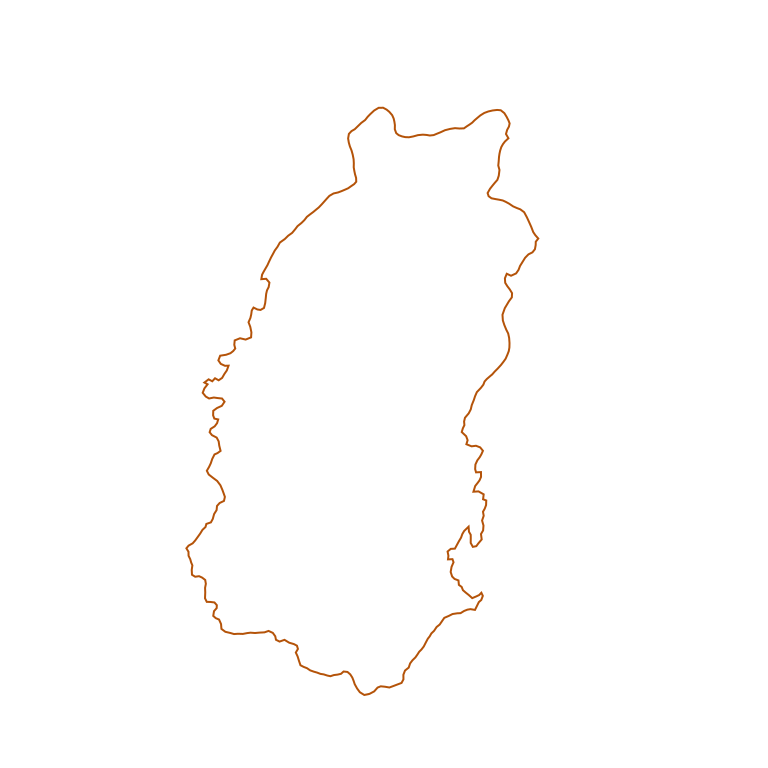 Augusto de Lima, Minas Gerais, Brazil (Mercator projection), rotated 111°
{"feature_id": "56859067B977102899903", "entity_name": "Augusto de Lima", "entity_type": "district", "adm_level": 2, "iso_a3": "BRA", "parent_name": "Brazil", "parent_adm1": "Minas Gerais", "projection": "mercator", "projection_center": [-44.202, -18.1], "detail": "fine", "context": "isolated", "style": "outline", "palette": "amber", "viewbox_px": 768, "rotation_deg": 111, "n_neighbors": 0, "source": "geoboundaries", "source_scale": "gbopen_adm2", "svg_char_len": 5639}
<svg xmlns="http://www.w3.org/2000/svg" viewBox="0 0 768 768"><g transform="rotate(111 384 384)"><path d="M669.5,430.8L667.9,426.2L665.6,422.5L664.0,419.5L662.7,415.2L660.7,411.1L658.7,406.6L655.9,403.3L656.2,398.6L658.5,395.1L661.5,393.2L661.9,389.2L658.5,385.2L659.5,379.8L659.1,375.0L659.5,371.5L662.2,369.4L666.3,370.1L669.3,367.0L673.0,364.1L676.5,361.2L676.9,357.6L676.9,354.1L677.8,350.3L677.7,346.4L677.4,343.1L677.4,339.4L676.7,336.2L676.5,332.4L676.0,329.3L673.7,326.5L672.0,323.3L670.0,320.3L666.9,318.7L665.9,314.9L667.2,311.4L669.4,308.4L672.0,306.0L674.7,303.8L677.9,300.0L680.4,296.1L681.4,291.0L678.5,286.5L674.5,283.0L669.7,281.2L667.4,278.7L666.3,274.7L665.4,270.2L662.6,267.0L659.9,264.0L656.8,260.5L652.8,260.0L648.5,261.7L644.0,261.7L639.9,259.3L635.5,259.5L631.7,258.4L628.0,256.7L624.4,255.8L621.4,255.2L618.5,253.9L614.8,252.8L610.1,252.3L606.1,251.8L603.2,250.9L599.9,250.4L596.5,248.8L592.0,247.8L588.6,245.8L584.8,244.9L580.7,243.9L577.3,240.4L574.2,237.6L571.8,233.4L570.5,230.4L567.2,227.9L564.8,225.3L563.2,222.6L562.3,218.1L556.9,217.6L553.6,217.3L550.8,215.8L546.4,215.8L544.0,218.3L546.9,219.5L549.3,221.8L552.3,224.9L550.6,229.3L549.5,232.8L548.2,236.4L545.6,238.8L544.7,242.1L540.7,244.1L540.7,248.3L539.3,251.4L535.6,254.4L530.5,255.4L525.5,255.2L523.0,257.3L524.8,261.4L521.3,262.3L517.6,264.6L514.0,262.6L512.3,258.8L508.4,258.3L503.8,257.7L499.8,257.0L496.0,257.1L492.5,256.5L486.9,253.9L491.5,251.7L493.7,249.0L496.7,247.8L501.3,246.1L504.2,242.7L502.3,239.7L499.0,238.8L494.1,237.1L489.3,239.7L485.2,239.0L480.5,240.4L476.3,243.5L471.3,243.7L467.8,245.8L464.4,245.3L460.5,245.3L456.1,246.8L456.1,250.2L451.3,251.4L450.4,257.3L452.5,261.9L446.5,262.3L443.0,261.2L439.8,260.3L436.0,260.1L431.5,261.9L433.5,266.4L430.8,268.4L426.4,269.8L421.8,269.5L418.0,268.4L414.8,267.9L410.9,267.7L408.7,271.5L408.7,276.0L410.8,279.9L410.7,285.5L406.5,285.8L403.3,288.6L401.0,294.2L397.1,294.5L393.6,294.2L390.3,295.8L386.5,296.3L381.0,294.4L376.6,293.9L372.3,294.5L366.8,294.4L362.8,294.6L358.3,294.4L353.0,292.2L349.0,291.0L345.6,291.0L342.5,289.8L339.5,288.2L336.0,286.3L332.7,285.1L328.9,283.4L324.3,281.6L320.3,280.4L316.8,279.5L312.3,279.3L308.6,279.3L305.0,280.0L300.8,281.5L296.1,283.7L292.3,286.2L289.5,289.3L285.8,292.8L282.1,295.8L276.9,298.2L269.9,298.4L265.9,297.7L261.9,297.0L257.3,295.7L253.3,297.0L250.6,300.5L248.5,303.9L246.1,307.1L242.0,309.0L237.1,308.9L237.4,304.2L233.4,300.3L229.2,299.3L225.0,299.3L220.8,298.5L215.6,297.5L211.2,295.6L207.9,292.6L204.1,291.4L199.9,292.2L196.8,293.3L192.9,292.1L190.8,296.1L188.7,299.1L184.6,302.8L180.8,306.6L177.2,310.3L173.4,314.7L172.1,319.3L172.1,323.1L171.9,327.1L170.8,331.9L170.3,335.7L170.1,338.9L170.7,342.6L171.4,346.1L172.1,350.2L171.2,353.6L168.6,355.7L163.8,355.0L159.9,353.8L156.6,352.7L152.8,351.3L148.4,351.5L142.8,352.9L139.1,355.6L135.1,356.7L130.8,358.0L127.7,358.7L124.5,359.2L120.8,359.4L117.4,358.9L114.3,358.0L110.0,355.9L106.9,359.7L102.7,360.1L98.9,359.6L95.7,360.1L93.4,362.2L90.6,365.3L88.0,368.7L86.6,373.1L87.6,376.6L89.7,380.6L92.2,384.3L95.0,387.5L98.7,390.3L101.9,392.1L105.4,394.0L108.4,395.3L111.1,397.1L113.7,399.0L116.7,401.0L118.4,405.0L119.7,409.4L122.1,413.6L125.2,418.0L128.8,421.5L131.4,424.3L133.8,426.8L135.6,430.3L136.2,433.4L137.3,437.1L139.5,441.5L142.4,445.4L144.7,449.1L145.9,452.6L146.4,456.0L146.4,459.5L145.4,462.5L142.3,465.2L138.4,466.6L135.4,468.3L132.7,470.1L130.1,472.7L128.0,476.6L126.9,479.9L126.4,483.8L128.1,488.0L132.2,491.2L137.1,493.6L140.4,495.0L144.3,496.2L148.4,498.8L152.7,500.8L156.6,502.6L159.6,505.0L163.1,506.4L167.6,505.5L171.2,503.4L174.4,501.0L177.6,498.0L181.1,495.4L185.1,492.9L188.7,491.3L192.6,489.9L195.8,488.0L198.6,486.2L201.6,483.9L205.1,482.4L208.1,483.5L211.1,485.6L214.1,487.6L216.4,489.9L219.1,492.7L221.6,495.5L224.2,499.4L227.9,502.4L231.4,503.8L234.6,505.0L238.3,506.4L242.6,508.2L245.4,509.8L248.8,511.7L252.1,513.8L255.6,515.9L259.6,517.1L263.1,518.7L267.6,521.3L271.4,522.4L275.8,523.9L279.9,526.6L284.1,528.5L289.3,531.9L294.1,532.6L298.5,533.8L302.6,534.3L306.3,534.8L311.4,535.2L314.8,535.4L318.5,536.0L322.3,536.6L325.6,537.0L330.1,536.1L328.0,531.7L330.4,527.3L334.9,526.4L338.5,526.8L342.1,526.3L346.1,525.2L351.1,523.9L356.0,523.3L359.1,525.8L359.8,528.9L359.4,533.2L362.8,533.8L366.6,532.9L370.1,532.4L374.9,532.6L378.6,529.3L383.3,526.3L388.1,524.8L392.1,529.1L392.9,534.8L396.8,539.0L401.1,537.8L404.2,535.6L407.3,536.6L410.3,538.4L413.3,541.9L416.3,547.1L421.3,547.1L423.7,543.6L424.0,539.0L422.6,535.7L427.7,535.6L431.8,536.6L436.3,537.3L439.8,539.7L439.2,543.8L443.0,545.3L442.5,549.4L447.0,552.2L447.5,548.6L452.5,550.1L457.2,550.1L459.6,545.9L460.2,542.1L457.6,538.0L456.7,534.1L455.6,530.0L457.7,526.5L462.5,527.6L466.3,531.3L470.2,533.8L474.5,532.3L477.1,530.0L476.5,526.1L480.4,525.8L484.2,526.9L488.0,529.7L491.5,529.5L493.4,526.3L494.0,521.0L496.8,517.8L500.6,515.7L505.0,512.6L508.2,514.7L510.5,517.0L515.5,517.5L520.1,517.3L524.1,517.6L528.5,518.3L531.3,515.2L532.8,510.3L534.3,505.0L537.2,500.4L540.8,496.9L543.8,494.3L546.4,492.1L550.5,491.5L554.0,494.8L557.7,496.2L561.7,495.1L566.3,496.0L571.3,495.5L575.2,496.0L578.3,499.7L581.5,499.4L585.2,501.2L589.5,502.0L593.7,503.1L597.8,504.2L601.3,505.5L604.9,508.5L608.2,509.6L610.7,506.4L614.4,504.9L617.0,502.1L619.7,500.1L622.0,497.9L626.4,496.9L630.9,494.9L631.6,491.2L629.7,487.8L629.9,484.5L631.0,480.7L634.4,478.7L638.4,478.0L642.6,476.2L648.2,474.3L650.9,471.4L649.7,468.0L648.7,464.0L650.4,460.8L653.2,459.9L657.0,461.3L661.7,460.3L662.9,457.1L663.0,453.6L666.5,450.1L670.9,448.0L672.2,443.3L671.5,438.1L671.2,434.4L669.5,430.8Z" fill="none" stroke="#b45309" stroke-width="2"/></g></svg>